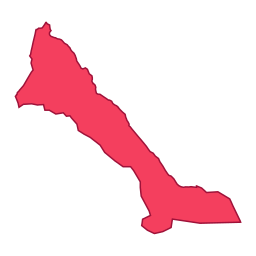 the district of Gbarma, Gbapolu, Liberia, rotated 90°
{"feature_id": "62588387B9251982733395", "entity_name": "Gbarma", "entity_type": "district", "adm_level": 2, "iso_a3": "LBR", "parent_name": "Liberia", "parent_adm1": "Gbapolu", "projection": "natural_earth1", "projection_center": [-10.728, 7.196], "detail": "fine", "context": "isolated", "style": "filled", "palette": "rose", "viewbox_px": 256, "rotation_deg": 90, "n_neighbors": 0, "source": "geoboundaries", "source_scale": "gbopen_adm2", "svg_char_len": 2969}
<svg xmlns="http://www.w3.org/2000/svg" viewBox="0 0 256 256"><g transform="rotate(90 128 128)"><path d="M222.2,15.4L221.2,15.7L205.7,23.2L201.6,25.0L198.9,26.3L191.8,38.1L192.5,49.5L188.0,54.4L186.0,59.4L185.3,59.6L187.2,59.4L187.3,59.4L187.0,62.6L186.7,65.0L187.0,67.2L186.9,70.4L187.3,72.6L186.7,75.1L185.6,77.3L185.4,77.5L184.9,78.0L184.1,78.9L181.6,80.5L178.8,82.2L178.1,82.9L176.1,84.9L175.3,87.2L175.2,87.3L173.8,88.4L173.5,88.6L170.4,90.7L166.2,93.1L161.8,96.1L159.0,97.3L158.5,97.5L157.1,99.4L156.1,100.7L155.6,101.1L153.2,102.8L152.4,104.4L151.6,105.9L148.9,107.9L146.8,109.3L146.1,109.8L140.9,114.1L136.1,118.2L135.0,119.1L129.0,124.1L126.9,125.7L125.7,127.1L124.1,126.9L122.1,127.9L120.9,128.7L120.6,129.0L118.5,129.7L117.2,130.3L115.6,130.6L114.3,130.9L112.0,133.6L109.6,136.0L108.8,136.7L107.7,137.7L107.4,137.6L105.8,139.4L104.9,141.4L103.5,143.2L101.3,144.3L100.7,145.3L100.1,146.5L100.1,146.9L100.1,147.5L99.5,148.4L98.7,149.5L96.5,152.8L94.3,156.0L94.2,157.3L94.2,158.0L93.6,159.1L93.4,159.5L92.7,159.7L91.3,160.1L89.1,160.5L87.3,160.2L85.2,160.9L84.8,161.2L83.5,162.6L83.6,162.9L83.1,163.1L81.5,164.0L81.1,164.2L80.4,164.0L79.6,163.7L77.7,163.7L75.8,164.1L75.0,165.2L74.9,165.3L73.9,166.7L73.0,167.1L69.3,168.6L68.6,169.6L67.9,170.6L68.3,171.6L68.9,173.1L68.9,173.3L68.7,173.7L68.1,175.0L66.3,175.8L63.4,177.6L62.6,178.2L60.9,179.3L58.6,179.7L56.8,180.4L56.1,180.6L55.7,180.7L53.8,181.7L53.1,182.1L52.6,182.7L51.3,184.1L50.9,184.4L50.8,184.5L49.5,185.4L48.7,185.7L47.8,186.1L46.2,187.7L45.0,188.6L44.7,188.9L43.3,191.5L40.9,193.6L39.9,194.6L39.4,195.8L39.1,196.6L39.0,197.5L38.8,198.7L37.8,200.4L37.6,201.7L36.3,205.1L34.8,206.4L33.7,206.6L32.4,206.4L30.6,205.0L29.4,205.8L27.6,206.1L26.9,206.2L25.0,206.4L24.3,207.8L23.6,209.1L22.5,209.6L22.5,209.8L22.5,210.2L24.4,211.3L24.7,211.5L27.0,213.1L28.0,214.0L28.2,215.4L28.2,216.6L28.2,217.4L28.7,217.9L28.9,218.2L29.5,218.9L29.5,219.8L30.0,220.1L34.2,220.9L41.6,222.7L42.0,222.8L46.2,223.7L46.3,223.7L51.0,224.8L54.4,225.4L54.6,225.5L55.9,226.3L59.1,224.0L61.0,224.5L62.9,224.9L63.2,224.9L65.6,224.2L70.0,222.9L72.0,224.5L72.6,224.9L78.7,228.5L82.0,230.4L85.6,232.5L86.5,233.3L87.0,233.7L90.3,236.6L90.5,236.6L91.4,237.4L91.6,237.6L92.5,238.6L94.6,239.1L94.7,239.5L95.2,239.6L95.3,239.6L96.3,240.6L100.5,238.9L103.1,237.9L107.3,237.0L104.7,233.2L104.3,232.6L104.1,229.4L103.8,224.3L104.8,219.4L105.0,218.6L104.8,216.7L104.6,212.5L110.2,211.1L110.2,206.7L114.0,200.2L113.8,198.8L112.8,192.7L116.2,189.6L116.0,187.7L115.8,186.1L118.1,184.4L124.1,179.1L125.3,178.8L130.5,177.7L133.8,172.4L134.0,172.2L134.3,171.6L137.3,165.9L145.2,155.8L152.4,151.3L160.0,142.1L161.1,140.8L161.4,140.3L166.7,132.9L166.7,128.1L166.7,125.4L170.5,122.4L181.8,115.7L187.5,115.7L196.1,114.8L210.9,106.9L215.4,105.5L219.2,113.4L223.2,113.9L225.6,114.3L230.2,108.6L233.2,102.3L233.5,101.5L231.6,93.2L229.2,88.3L227.5,84.9L220.2,83.8L219.1,83.6L223.2,56.0L222.2,15.4Z" fill="#f43f5e" stroke="#9f1239" stroke-width="1.5"/></g></svg>